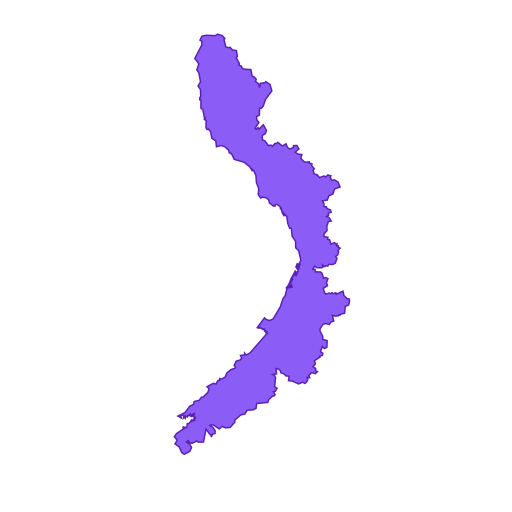 Liguria, La Spezia, Italy (orthographic projection), rotated 102°
{"feature_id": "23120603B90496191820000", "entity_name": "Liguria", "entity_type": "district", "adm_level": 2, "iso_a3": "ITA", "parent_name": "Italy", "parent_adm1": "La Spezia", "projection": "orthographic", "projection_center": [8.819, 44.226], "detail": "fine", "context": "isolated", "style": "filled", "palette": "violet", "viewbox_px": 512, "rotation_deg": 102, "n_neighbors": 0, "source": "geoboundaries", "source_scale": "gbopen_adm2", "svg_char_len": 6087}
<svg xmlns="http://www.w3.org/2000/svg" viewBox="0 0 512 512"><g transform="rotate(102 256 256)"><path d="M83.1,292.5L81.3,294.8L80.8,297.2L74.7,299.8L75.8,306.7L74.7,309.2L73.3,309.7L72.8,312.3L71.1,312.3L66.1,316.6L64.5,315.7L59.2,317.9L59.3,322.1L57.2,324.7L58.0,326.1L57.7,329.1L50.7,332.4L49.7,331.7L47.4,334.9L47.1,339.8L48.9,341.6L50.4,350.4L52.2,354.6L56.5,355.7L57.4,353.6L60.9,352.9L75.5,356.9L80.0,351.8L86.3,352.6L88.7,350.0L97.1,346.5L101.8,348.0L104.6,345.0L111.1,343.3L112.7,343.8L112.8,343.5L113.2,343.8L114.6,343.7L115.5,343.3L114.2,343.7L113.9,343.5L115.5,342.1L122.7,340.7L124.1,338.3L132.5,334.8L133.7,335.3L132.0,334.4L133.4,334.2L133.9,332.9L140.9,331.6L142.5,330.2L141.6,329.0L144.0,326.1L149.9,323.8L151.9,319.2L157.4,317.4L155.2,313.2L155.7,308.9L158.3,304.7L160.7,303.6L160.5,302.5L162.1,300.3L166.0,297.4L166.7,287.3L169.9,280.9L173.3,277.5L173.6,276.8L172.9,277.6L172.1,277.6L173.1,275.9L177.3,272.8L184.0,270.9L189.6,267.3L195.5,266.6L198.4,263.5L197.1,262.0L197.0,257.6L198.9,254.9L201.3,254.0L203.5,249.2L203.4,248.5L203.2,247.2L203.2,248.9L201.0,246.5L202.7,242.6L204.7,241.9L204.1,241.3L208.3,239.3L211.3,236.6L208.2,238.0L211.1,234.0L217.4,231.8L221.9,228.8L221.4,227.9L222.1,227.0L229.1,224.8L233.3,220.4L239.7,218.9L241.8,215.5L250.6,211.3L254.8,212.2L255.3,213.5L258.5,213.5L258.7,212.4L255.7,211.8L255.4,211.4L262.6,211.9L263.6,213.3L263.4,212.0L264.8,212.0L266.5,212.7L265.7,213.3L267.5,213.1L262.6,214.1L270.5,216.2L271.1,215.4L271.9,216.3L271.8,215.4L277.8,217.7L278.2,216.5L276.8,215.1L279.0,214.2L279.5,215.5L278.2,215.8L279.6,216.3L279.7,217.2L278.8,217.1L279.1,217.6L280.2,217.2L280.2,218.4L279.5,218.2L280.2,218.4L279.5,218.2L280.7,218.9L288.6,219.2L291.9,220.7L300.7,221.7L313.9,226.1L316.3,229.1L316.0,232.9L314.7,234.8L326.4,240.2L325.2,239.1L325.9,238.4L325.0,237.5L325.7,237.5L325.5,235.7L326.2,234.7L326.5,232.8L325.8,233.2L325.8,232.3L327.7,231.9L327.5,230.7L328.2,230.6L328.2,230.3L329.0,230.3L329.2,230.1L328.2,229.3L329.1,228.9L352.2,241.8L354.9,245.1L353.4,246.9L355.1,246.6L356.5,250.5L358.9,248.7L361.2,250.1L362.9,253.5L367.6,254.6L368.9,252.9L370.2,253.3L372.4,257.0L376.5,260.2L380.6,260.9L383.6,264.0L383.4,266.0L385.2,265.8L385.8,267.4L389.6,268.5L389.4,271.3L394.0,276.7L395.6,274.4L399.4,274.7L405.2,278.6L405.5,280.0L408.9,281.5L411.2,286.2L414.1,286.3L416.8,289.6L423.9,292.9L426.3,295.8L427.4,293.6L429.4,293.0L428.6,292.4L429.3,291.5L427.0,291.9L427.8,289.8L425.9,289.5L426.1,288.5L424.6,287.7L426.1,287.2L426.2,286.7L424.6,287.0L425.1,286.2L422.7,283.7L423.5,283.3L424.4,285.2L425.2,284.4L426.4,285.4L426.3,286.1L426.3,286.5L426.4,285.4L424.9,283.6L426.5,283.1L425.8,282.8L426.7,281.8L427.0,283.3L427.4,281.9L428.4,283.0L429.3,281.8L430.4,283.6L429.9,284.0L431.2,284.9L430.4,285.1L433.8,286.7L434.2,288.3L438.3,288.1L438.3,291.3L439.7,290.5L439.5,291.5L440.4,291.2L446.4,297.0L449.8,298.3L452.5,294.8L456.6,296.2L458.7,291.4L463.5,288.0L464.9,285.0L461.0,280.2L456.8,279.2L453.9,281.6L452.3,285.4L450.7,284.0L452.4,282.4L452.5,279.7L449.2,275.3L450.1,273.9L448.9,268.7L435.8,268.9L440.4,263.6L440.2,262.7L442.4,262.1L439.2,261.4L438.2,259.2L435.4,259.6L432.6,262.5L431.2,265.8L430.0,262.9L432.8,256.0L429.8,253.8L430.4,249.9L429.0,245.6L422.8,242.1L421.4,242.9L414.8,238.1L412.8,234.0L408.7,232.5L407.0,226.7L405.1,224.3L400.1,224.7L396.8,214.1L393.7,213.6L389.8,210.8L388.8,208.8L387.6,208.6L385.2,210.7L384.2,208.9L381.0,207.9L380.0,210.6L370.8,211.6L368.9,213.1L368.4,214.9L367.0,211.4L361.9,213.0L362.0,210.3L363.0,208.4L365.0,207.5L365.5,204.0L367.1,201.7L366.7,198.6L371.2,198.3L370.8,194.3L372.3,187.7L369.7,184.2L370.5,181.8L369.0,180.4L365.8,179.6L364.1,180.8L363.8,178.2L362.0,179.5L359.1,177.7L358.4,177.0L358.8,173.6L356.3,171.8L355.8,174.1L353.7,174.2L352.4,177.3L349.2,175.4L346.2,177.1L341.7,172.4L340.7,172.9L339.4,170.4L337.3,170.4L336.2,173.0L330.7,172.3L332.3,169.8L330.5,167.7L324.0,168.8L323.7,173.4L320.6,174.1L315.7,178.0L313.3,178.1L309.0,176.3L307.6,173.9L307.8,170.1L305.0,169.0L303.5,166.4L298.2,169.0L298.4,166.1L297.4,163.1L296.1,162.6L296.5,161.6L295.2,160.9L293.5,157.4L286.8,158.2L284.6,155.2L280.6,155.1L278.6,156.0L278.8,157.9L276.4,161.8L272.3,163.6L276.7,169.6L275.4,170.3L276.8,172.8L276.1,174.0L277.3,175.0L277.0,176.8L278.6,179.5L277.9,181.1L273.7,183.5L270.1,179.9L267.5,181.5L263.2,180.9L262.6,183.5L263.7,185.2L258.9,188.1L258.2,189.6L259.2,194.7L256.8,195.5L257.2,197.6L253.7,196.7L254.8,194.0L253.8,189.2L252.7,188.1L251.0,189.1L252.1,186.6L251.0,185.7L250.9,183.6L249.1,183.3L248.3,179.0L246.4,176.9L241.5,176.3L240.0,178.0L237.8,176.3L234.7,176.1L233.6,177.1L230.8,175.4L230.3,177.5L228.3,177.7L229.7,178.2L229.3,179.4L227.1,179.4L227.6,180.3L226.6,182.1L228.9,185.1L224.9,187.3L224.8,189.4L222.7,189.6L223.0,193.2L220.4,194.2L216.4,191.8L212.2,192.9L207.3,192.4L206.1,189.7L203.2,192.6L202.7,195.3L201.2,193.5L199.1,194.2L197.7,191.7L195.4,192.7L194.9,196.2L193.2,197.5L193.5,199.9L190.6,200.4L188.2,202.6L186.5,197.9L182.1,197.3L179.3,193.6L174.1,193.1L171.1,188.1L166.7,191.1L165.2,195.1L166.3,197.8L163.5,199.7L162.0,199.4L161.8,202.6L164.2,204.2L163.6,206.2L166.1,210.1L163.7,213.2L163.8,215.9L160.2,218.1L158.6,217.1L156.2,220.2L154.0,220.5L154.3,223.0L152.8,223.5L154.0,227.2L153.4,229.2L151.0,232.6L147.2,232.2L147.6,236.1L146.4,239.3L142.2,236.3L139.4,239.1L140.2,242.1L142.2,242.3L144.5,245.1L143.0,248.0L140.0,250.0L142.9,253.0L140.3,258.2L141.9,259.4L141.8,260.7L145.1,262.7L144.4,264.4L145.4,266.8L141.5,271.3L141.1,273.9L136.8,274.9L134.3,272.3L131.1,271.9L126.1,276.1L131.4,279.5L130.0,280.7L132.0,282.0L131.3,283.5L124.7,281.0L122.7,283.5L119.5,284.4L117.5,282.0L110.7,283.2L110.2,281.3L107.8,280.1L100.7,279.2L91.2,274.8L85.3,278.0L83.4,282.7L84.5,283.2L86.2,287.6L90.5,287.5L87.0,289.3L85.3,292.9L83.1,292.5ZM430.1,295.1L428.5,296.1L426.5,296.0L428.8,299.1L430.1,295.1ZM277.8,218.0L271.2,216.6L277.9,218.3L280.1,219.3L281.6,220.1L277.8,218.0ZM270.3,216.7L261.8,214.3L270.3,216.7L272.0,217.5L270.3,216.7ZM258.3,214.7L260.7,212.4L260.4,212.5L260.0,212.7L258.2,214.7L254.2,213.9L258.3,214.7Z" fill="#8b5cf6" stroke="#5b21b6" stroke-width="1.5"/></g></svg>